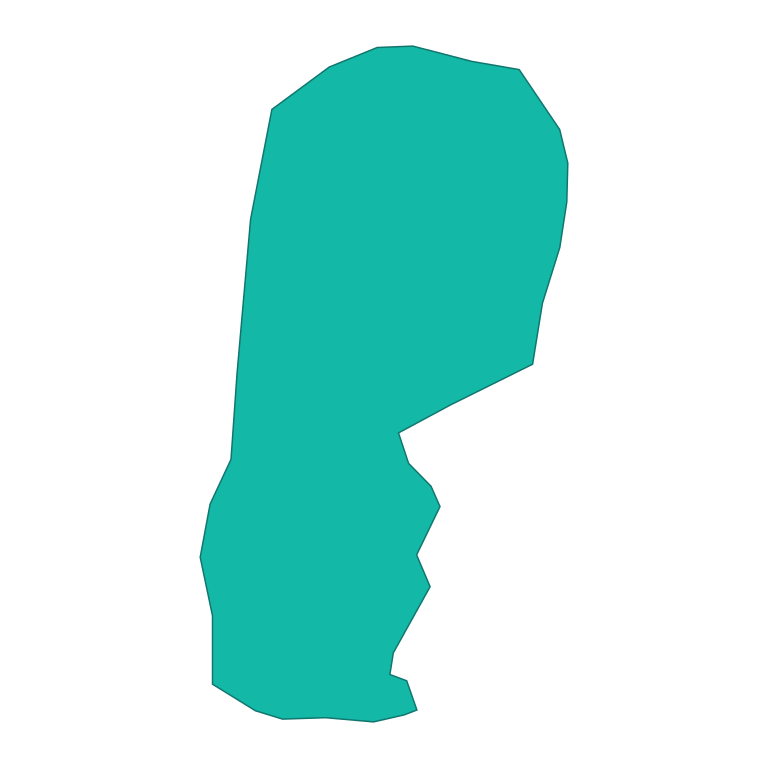 Bangu, Bas-Congo, Democratic Republic of the Congo (Robinson projection)
{"feature_id": "63176286B31425721317411", "entity_name": "Bangu", "entity_type": "district", "adm_level": 2, "iso_a3": "COD", "parent_name": "Democratic Republic of the Congo", "parent_adm1": "Bas-Congo", "projection": "robinson", "projection_center": [14.457, -5.558], "detail": "fine", "context": "isolated", "style": "filled", "palette": "teal", "viewbox_px": 768, "rotation_deg": 0, "n_neighbors": 0, "source": "geoboundaries", "source_scale": "gbopen_adm2", "svg_char_len": 570}
<svg xmlns="http://www.w3.org/2000/svg" viewBox="0 0 768 768"><path d="M519.2,69.6L471.8,61.4L412.8,46.1L377.2,47.5L329.3,67.0L271.9,109.4L250.6,219.2L237.1,372.8L231.0,459.4L210.1,504.1L200.2,557.2L212.5,615.8L212.5,684.2L255.5,710.8L282.6,719.1L325.6,717.7L373.5,721.9L404.2,714.9L416.9,710.0L406.7,680.8L389.9,674.5L393.3,652.9L430.1,586.7L416.6,554.9L440.0,506.6L431.0,486.2L429.7,484.9L408.6,463.4L398.5,432.9L450.9,404.7L532.6,364.2L542.4,303.4L559.8,247.5L566.8,201.9L567.8,163.1L559.7,129.6L519.2,69.6Z" fill="#14b8a6" stroke="#0f766e" stroke-width="1.5"/></svg>